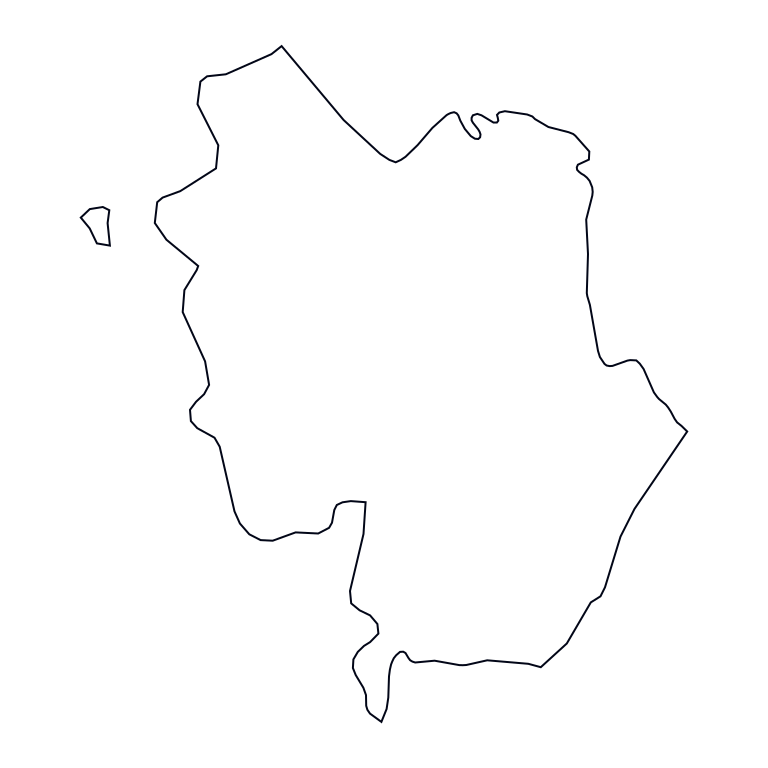 outline of Matera
{"feature_id": "ITA-5389", "entity_name": "Matera", "entity_type": "Province", "adm_level": 1, "iso_a3": "ITA", "parent_name": "Italy", "parent_adm1": "", "projection": "albers", "projection_center": [16.459, 40.447], "detail": "fine", "context": "isolated", "style": "outline", "palette": "ink", "viewbox_px": 768, "rotation_deg": 0, "n_neighbors": 0, "source": "natural_earth", "source_scale": "10m", "svg_char_len": 2267}
<svg xmlns="http://www.w3.org/2000/svg" viewBox="0 0 768 768"><path d="M687.2,431.5L634.5,508.9L620.5,536.6L605.0,587.3L600.5,596.3L590.8,602.4L566.8,643.5L540.8,667.2L528.3,663.8L487.2,660.3L466.3,665.0L462.8,665.2L459.3,665.1L434.6,660.7L415.2,662.5L412.4,661.6L410.1,660.2L408.4,657.9L405.5,653.0L403.2,651.7L400.0,651.9L396.2,655.2L393.8,658.2L392.2,661.6L391.1,664.4L389.9,669.6L389.0,676.4L388.3,697.6L386.6,709.0L381.4,721.9L370.0,713.6L367.4,709.8L366.2,705.8L366.0,695.1L363.4,687.8L355.7,675.0L352.9,668.0L353.4,659.4L357.8,651.9L364.0,645.9L370.1,642.1L378.4,633.6L377.4,624.0L370.1,615.4L359.6,610.3L351.2,603.4L350.0,591.0L363.5,534.0L365.6,502.2L350.8,501.1L342.5,502.3L336.8,505.0L334.3,510.0L332.0,522.7L329.1,527.8L318.2,533.5L295.6,532.4L272.7,540.7L260.6,540.1L249.3,534.3L239.9,523.5L234.5,511.4L219.7,446.7L214.5,437.7L197.3,428.2L190.9,421.1L190.0,409.8L196.1,401.7L204.1,394.2L209.1,384.9L205.1,361.4L182.7,312.1L184.4,290.1L196.7,270.1L198.2,266.0L166.4,239.7L154.8,223.0L157.2,202.2L162.6,197.6L180.3,191.1L216.0,168.4L218.3,145.3L197.5,104.2L200.4,81.6L207.1,76.3L225.8,74.3L271.5,54.1L281.6,46.1L343.6,120.0L380.2,153.9L389.4,159.9L395.7,162.3L400.9,159.9L405.5,156.8L417.6,145.1L432.4,127.9L446.6,115.1L448.5,114.0L450.7,113.0L454.1,112.2L456.6,113.3L458.3,115.4L460.3,120.6L464.8,128.9L470.8,136.1L474.9,138.7L478.3,139.0L480.1,137.3L480.5,134.4L479.6,131.8L478.2,129.4L472.9,122.7L471.6,120.3L471.6,117.8L472.9,115.3L477.3,113.9L481.5,115.3L493.4,122.5L496.9,122.5L498.3,120.7L497.8,117.8L497.0,114.9L499.3,112.5L504.9,111.2L527.2,114.5L532.4,116.5L535.0,119.1L548.4,127.0L568.6,132.2L573.2,134.0L575.4,135.8L589.3,151.5L588.9,159.6L577.9,164.7L576.8,167.3L577.1,169.8L579.0,171.8L581.4,173.7L584.0,175.2L586.9,177.6L589.6,180.9L592.2,187.3L592.7,191.9L592.3,195.6L586.2,219.6L588.0,254.1L586.8,293.1L587.3,296.2L589.9,304.9L598.0,350.9L599.9,357.0L604.5,363.9L606.6,365.5L609.6,366.1L612.5,365.9L627.4,360.6L630.2,360.1L636.3,360.4L639.8,363.7L643.6,369.0L653.9,392.4L657.3,397.1L659.1,399.1L665.8,404.6L668.2,407.6L670.8,411.6L674.6,418.8L677.1,422.4L681.6,426.0L687.2,431.5ZM102.8,207.0L109.3,210.2L107.6,223.1L109.9,245.6L96.9,243.4L89.7,228.4L80.8,217.6L89.8,209.1L102.8,207.0Z" fill="none" stroke="#020617" stroke-width="2"/></svg>